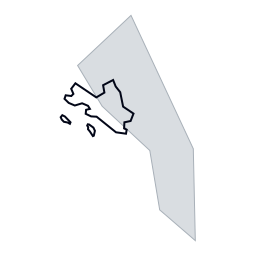 where Port Glaud sits in Seychelles
{"feature_id": "SYC-5218", "entity_name": "Port Glaud", "entity_type": "state/province", "adm_level": 1, "iso_a3": "SYC", "parent_name": "Seychelles", "parent_adm1": "", "projection": "equal_earth", "projection_center": [55.401, -4.652], "detail": "coarse", "context": "in_parent", "style": "outline", "palette": "ink", "viewbox_px": 256, "rotation_deg": 0, "n_neighbors": 0, "source": "natural_earth", "source_scale": "10m", "svg_char_len": 836}
<svg xmlns="http://www.w3.org/2000/svg" viewBox="0 0 256 256"><path d="M193.3,148.8L195.3,240.6L159.7,209.9L149.8,150.5L102.2,106.3L77.6,65.5L131.0,15.4L193.3,148.8Z" fill="#d9dde1" stroke="#a8b0b8" stroke-width="1"/><path d="M126.0,133.7L116.0,132.3L96.6,116.7L91.1,116.4L85.7,113.8L86.1,109.8L89.9,108.9L88.0,105.8L82.1,103.3L74.8,105.5L68.7,102.9L64.5,98.8L65.7,95.3L71.3,96.0L73.4,93.9L71.2,88.8L75.4,83.3L96.3,97.4L104.4,92.6L103.1,85.2L113.1,80.0L115.7,86.5L120.2,92.2L123.1,106.6L133.5,113.6L130.6,121.0L124.4,122.3L124.1,128.4L126.7,129.7L126.0,133.7ZM89.1,124.5L93.4,127.6L94.9,130.8L93.8,135.7L92.9,136.1L89.9,131.5L88.0,129.2L88.2,127.2L87.2,125.6L87.8,124.3L89.1,124.5ZM62.3,115.2L64.9,116.5L70.5,122.3L69.9,123.8L67.6,122.5L63.9,121.8L61.8,119.6L60.7,117.2L62.3,115.2Z" fill="none" stroke="#020617" stroke-width="2"/></svg>